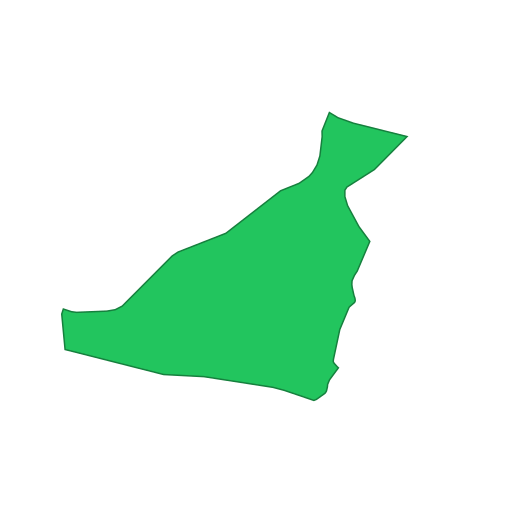 Khartoum, Equal Earth projection, rotated 303°
{"feature_id": "SDN-874", "entity_name": "Khartoum", "entity_type": "Region", "adm_level": 1, "iso_a3": "SDN", "parent_name": "Sudan", "parent_adm1": "", "projection": "equal_earth", "projection_center": [32.98, 15.925], "detail": "fine", "context": "isolated", "style": "filled", "palette": "green", "viewbox_px": 512, "rotation_deg": 303, "n_neighbors": 0, "source": "natural_earth", "source_scale": "10m", "svg_char_len": 926}
<svg xmlns="http://www.w3.org/2000/svg" viewBox="0 0 512 512"><g transform="rotate(303 256 256)"><path d="M330.2,343.5L298.5,349.1L293.4,349.1L287.6,350.0L284.3,351.9L282.0,353.8L276.2,359.7L274.7,361.7L273.9,362.5L272.5,363.6L271.5,363.9L270.6,363.9L264.4,362.1L263.5,362.0L240.0,366.3L211.6,377.2L209.6,378.2L209.1,378.9L208.6,379.9L207.4,384.2L207.1,386.0L192.2,385.1L187.3,386.0L185.1,387.2L181.2,388.6L179.7,388.7L178.4,388.6L168.7,384.8L166.4,383.2L158.7,352.8L155.1,341.8L126.5,278.1L106.3,243.1L73.6,146.8L101.5,124.7L106.6,123.3L108.8,131.6L111.0,136.2L128.5,160.9L134.3,167.2L141.1,171.1L210.5,185.7L216.9,188.5L258.7,218.4L324.1,241.1L340.5,252.6L351.7,257.1L356.9,257.9L365.6,257.6L374.7,255.1L392.1,246.5L396.8,243.3L416.3,239.4L416.6,249.4L420.4,265.3L438.4,317.6L393.0,308.2L363.4,294.7L359.6,294.7L354.2,298.2L348.1,305.4L336.7,326.3L330.2,343.5Z" fill="#22c55e" stroke="#15803d" stroke-width="1.5"/></g></svg>